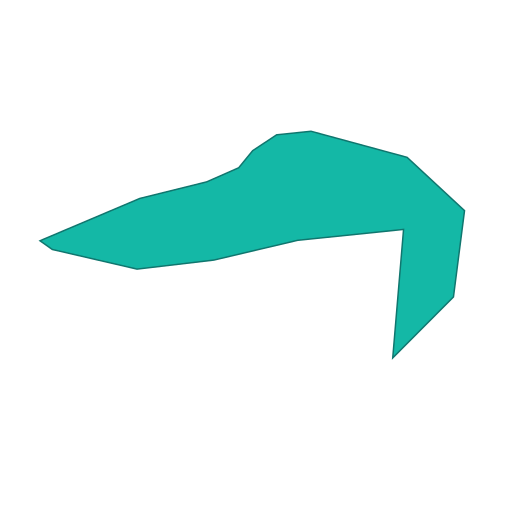 the border of Zavrc, rotated 83°
{"feature_id": "SVN-1050", "entity_name": "Zavrc", "entity_type": "Municipality", "adm_level": 1, "iso_a3": "SVN", "parent_name": "Slovenia", "parent_adm1": "", "projection": "orthographic", "projection_center": [16.053, 46.352], "detail": "fine", "context": "isolated", "style": "filled", "palette": "teal", "viewbox_px": 512, "rotation_deg": 83, "n_neighbors": 0, "source": "natural_earth", "source_scale": "10m", "svg_char_len": 383}
<svg xmlns="http://www.w3.org/2000/svg" viewBox="0 0 512 512"><g transform="rotate(83 256 256)"><path d="M373.8,132.7L247.6,106.3L245.5,212.8L254.9,298.3L254.5,375.7L224.7,457.4L214.6,468.5L213.6,465.3L184.7,364.3L176.4,295.9L166.3,262.4L151.0,246.4L138.2,220.7L138.9,186.2L176.5,94.0L236.4,43.5L320.7,65.0L373.8,132.7Z" fill="#14b8a6" stroke="#0f766e" stroke-width="1.5"/></g></svg>